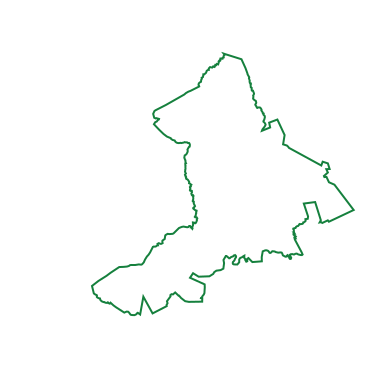 Tierra Nueva, San Luis Potosí, Mexico (Natural Earth projection), rotated 152°
{"feature_id": "50627088B99864279855032", "entity_name": "Tierra Nueva", "entity_type": "district", "adm_level": 2, "iso_a3": "MEX", "parent_name": "Mexico", "parent_adm1": "San Luis Potosí", "projection": "natural_earth1", "projection_center": [-100.486, 21.645], "detail": "fine", "context": "isolated", "style": "outline", "palette": "green", "viewbox_px": 384, "rotation_deg": 152, "n_neighbors": 0, "source": "geoboundaries", "source_scale": "gbopen_adm2", "svg_char_len": 6042}
<svg xmlns="http://www.w3.org/2000/svg" viewBox="0 0 384 384"><g transform="rotate(152 192 192)"><path d="M324.4,156.0L326.3,148.5L325.5,146.9L324.8,146.1L324.8,145.6L324.5,145.3L325.3,144.0L325.1,143.3L324.3,142.1L323.2,141.2L323.6,139.9L323.1,137.9L322.6,137.4L321.9,136.4L321.2,136.1L320.5,135.0L319.5,134.2L318.9,133.9L318.1,134.1L317.7,133.4L317.8,132.9L317.2,132.5L317.0,132.0L316.1,131.9L315.8,132.2L314.6,128.8L313.2,125.9L308.4,117.3L305.9,117.1L304.6,116.3L304.2,115.1L303.9,112.8L303.5,112.1L302.2,111.2L300.6,110.3L299.7,110.2L298.4,110.2L297.6,110.7L296.6,110.8L295.3,108.2L284.1,122.4L283.8,103.3L267.9,103.1L267.5,104.2L265.8,105.3L265.4,107.3L260.0,109.9L259.5,111.1L258.1,111.4L256.9,110.5L254.0,111.2L252.6,107.0L252.3,106.8L252.4,106.5L252.0,106.1L251.4,103.5L249.3,98.8L246.4,96.5L234.5,90.4L232.8,93.4L233.9,94.1L233.7,94.3L233.0,94.2L231.7,95.1L229.8,95.9L228.5,96.9L225.5,101.8L224.2,104.5L234.0,117.2L229.2,119.8L225.9,114.1L216.2,109.4L211.7,109.7L210.0,110.8L207.4,111.1L203.4,109.6L200.3,109.6L197.1,114.1L196.1,117.2L192.2,119.6L191.6,119.3L190.3,116.0L189.7,115.8L188.2,116.2L185.6,115.9L185.0,116.3L184.6,116.0L183.6,116.1L183.3,115.3L183.3,114.5L183.8,113.7L185.2,113.0L186.4,111.9L187.6,111.3L188.8,110.9L189.4,110.1L189.6,109.3L189.0,108.4L186.0,106.7L183.3,107.8L182.0,110.2L180.9,110.9L180.3,111.1L177.8,110.9L177.0,111.2L175.7,111.2L176.8,109.4L176.5,108.0L176.9,106.9L176.8,105.0L175.7,104.9L174.7,107.0L173.2,107.2L171.6,101.8L162.9,98.0L161.0,101.8L157.4,106.4L154.7,106.1L153.5,105.5L152.5,104.4L152.2,103.6L152.1,102.1L151.7,101.5L150.7,101.4L148.9,102.0L147.2,100.9L146.6,100.3L146.4,99.8L144.4,98.0L142.0,97.0L141.3,96.4L141.2,95.4L141.5,93.4L139.9,91.0L138.8,90.6L138.3,91.2L137.4,91.4L137.2,90.2L136.7,89.2L137.1,88.2L137.0,87.1L136.8,86.8L136.1,86.6L135.3,87.3L135.2,90.6L134.1,90.7L132.6,90.1L131.3,88.9L129.7,88.9L128.4,88.4L127.5,87.0L125.6,85.3L124.5,84.7L123.7,84.9L123.5,87.5L123.5,101.8L123.1,103.3L122.3,102.7L122.3,103.4L122.1,103.5L122.3,103.7L122.0,104.7L121.5,104.6L122.4,106.7L122.2,107.1L121.3,106.6L121.1,107.0L121.2,107.9L120.9,107.6L120.9,108.5L119.8,111.0L120.0,111.9L119.7,112.1L119.4,111.8L118.6,112.0L117.5,111.6L116.6,112.3L115.5,112.5L114.2,112.2L112.6,112.9L112.5,113.1L111.9,113.2L111.3,112.6L109.3,112.0L108.3,112.4L108.1,112.9L106.7,112.7L105.2,113.2L104.6,114.8L102.4,114.0L101.0,115.9L98.7,129.3L88.0,125.3L91.5,106.6L93.6,105.2L92.1,104.7L91.5,103.5L85.4,103.2L85.1,101.5L57.7,100.2L62.8,131.6L66.5,136.3L66.2,142.2L68.1,143.0L68.0,144.2L62.9,145.4L62.7,149.1L59.7,147.7L58.6,153.5L62.4,157.4L65.4,154.7L85.7,185.5L85.8,186.7L86.4,188.5L89.2,191.3L83.5,198.8L82.6,215.9L91.3,217.0L92.7,212.3L101.5,213.2L100.4,214.2L97.0,215.7L95.5,216.8L95.3,217.2L95.4,219.2L95.9,220.5L95.7,221.0L94.2,222.0L92.5,223.9L92.1,225.0L92.6,226.5L92.6,226.9L91.9,227.5L91.9,227.9L92.5,228.4L92.5,228.7L92.2,229.6L92.5,231.4L91.9,232.2L92.0,233.8L92.4,234.8L94.4,235.8L94.8,235.6L95.1,235.9L95.0,237.6L95.2,238.8L95.0,239.6L93.8,240.2L93.2,241.0L92.9,242.6L93.6,243.6L94.2,245.3L94.1,246.0L93.1,247.2L92.7,248.5L91.6,249.1L91.0,249.8L90.6,252.8L91.4,253.2L91.5,253.8L90.4,256.0L90.9,256.8L89.7,259.8L89.2,259.8L89.1,260.3L89.6,260.5L89.7,261.3L89.2,262.7L88.8,263.1L88.3,265.8L87.6,266.4L87.7,269.7L87.4,270.7L86.6,276.3L86.0,286.0L99.1,299.3L99.0,298.5L99.3,297.5L100.3,297.2L100.8,296.6L100.9,295.9L102.0,296.0L102.5,295.4L103.6,296.3L104.3,296.5L104.7,295.4L105.4,294.7L106.1,294.6L106.2,295.2L107.2,294.8L107.6,293.8L109.0,292.4L109.9,293.4L111.0,292.7L111.3,293.2L111.7,293.4L113.1,291.9L113.7,291.9L114.3,293.0L115.8,292.4L117.4,293.8L119.2,293.2L119.8,292.0L120.2,292.3L122.1,292.1L123.6,290.7L126.0,290.1L126.7,290.6L128.3,288.4L129.9,288.3L130.1,287.4L131.2,286.7L132.3,285.1L133.7,285.1L135.0,284.7L136.0,283.5L135.9,282.8L136.1,281.8L145.8,282.0L148.1,282.3L150.9,282.2L153.1,281.7L174.0,281.1L186.0,281.3L187.2,281.1L189.6,279.2L190.5,275.3L189.5,274.0L188.9,274.0L186.8,272.0L187.2,271.6L188.3,271.6L190.0,270.8L191.7,270.9L193.8,269.7L191.8,262.5L189.9,256.6L188.1,252.7L185.5,249.5L185.5,248.6L184.7,247.1L183.1,245.6L183.1,244.3L182.6,243.1L182.0,242.3L180.6,241.3L179.2,240.9L178.6,240.3L176.0,239.5L175.1,239.5L174.2,238.7L173.1,238.2L172.6,237.2L171.6,236.7L171.5,236.4L171.5,235.6L171.7,234.7L172.4,233.6L172.9,233.1L173.6,233.2L176.1,231.6L176.5,230.2L177.5,229.1L179.4,227.9L181.3,227.7L182.7,225.9L183.0,223.6L182.9,223.1L183.2,222.7L183.8,220.9L183.8,220.3L184.5,220.4L185.4,218.6L185.4,218.1L186.0,217.4L186.9,215.4L187.6,214.8L188.1,213.7L188.5,213.4L188.7,212.7L188.7,211.2L190.1,210.6L190.3,209.3L190.0,209.0L190.1,208.3L190.4,208.4L190.9,206.5L190.8,206.0L190.2,205.5L189.9,204.6L189.7,202.3L190.5,201.1L189.9,200.4L189.2,198.7L190.2,198.4L190.4,197.5L191.5,197.4L191.7,196.9L191.6,196.2L193.0,194.6L192.9,193.8L192.0,193.6L191.6,193.1L192.2,191.7L193.3,191.0L193.6,189.4L193.4,188.8L192.6,188.8L192.5,188.5L192.5,187.8L193.3,187.1L194.1,185.3L195.3,184.1L195.7,183.4L195.6,183.2L195.0,183.0L194.9,182.7L195.9,180.9L195.9,178.7L196.0,178.1L196.7,178.0L197.3,177.3L198.3,177.4L198.6,177.1L198.6,176.6L197.7,174.5L196.7,173.4L197.2,172.7L197.8,172.4L198.1,171.4L198.6,171.1L199.7,169.6L201.2,168.7L201.0,168.1L199.8,167.5L199.7,166.2L200.9,165.2L201.0,164.6L202.9,163.0L203.8,162.9L204.2,163.7L205.5,164.7L205.8,164.1L205.6,163.3L206.6,162.6L206.9,161.9L208.2,161.1L208.6,159.6L209.0,159.3L209.3,161.0L209.6,161.2L209.3,161.5L209.7,162.9L210.0,163.1L210.5,163.3L211.6,162.8L212.2,162.9L212.9,163.2L215.8,165.5L217.5,166.0L220.4,166.3L227.8,164.1L228.8,164.2L231.6,165.4L233.2,166.5L235.4,166.4L236.0,166.2L238.2,163.3L240.7,163.0L241.2,162.7L242.0,160.6L243.6,160.7L244.4,161.2L245.3,162.4L246.8,162.4L247.1,160.9L247.8,161.2L249.2,160.9L250.3,161.1L251.4,161.8L252.3,161.9L257.4,158.3L259.8,157.0L262.1,156.2L265.2,154.4L267.6,152.5L270.0,151.6L271.0,151.7L272.9,153.0L276.4,154.2L279.9,156.1L281.1,156.5L282.5,156.3L284.4,156.7L287.3,157.9L291.5,159.9L301.8,158.9L306.9,158.1L316.3,157.4L324.4,156.0Z" fill="none" stroke="#15803d" stroke-width="2"/></g></svg>